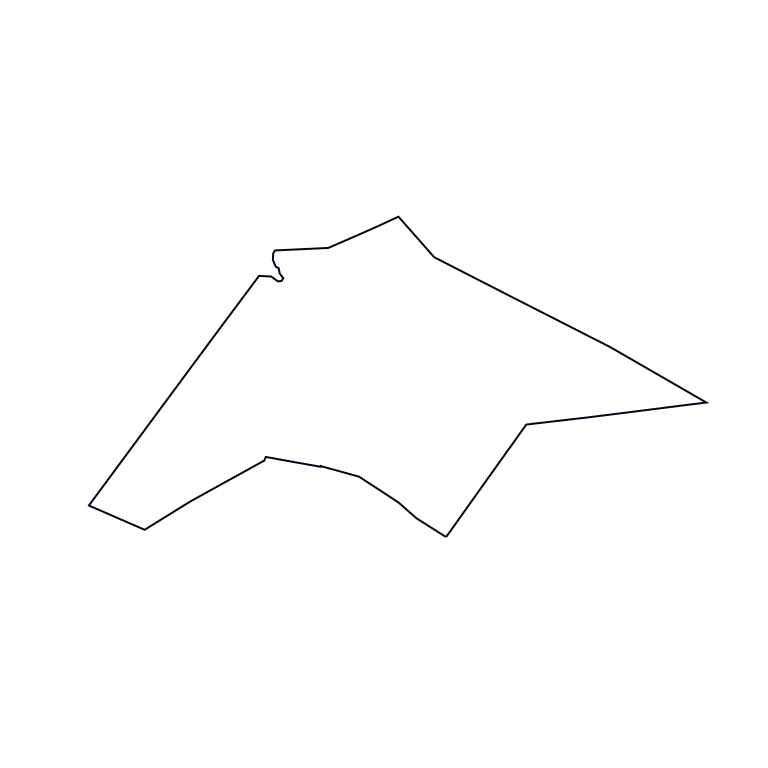 Merwoe, Northern, Sudan, rotated 79°
{"feature_id": "16777658B43097500879952", "entity_name": "Merwoe", "entity_type": "district", "adm_level": 2, "iso_a3": "SDN", "parent_name": "Sudan", "parent_adm1": "Northern", "projection": "orthographic", "projection_center": [32.145, 18.369], "detail": "fine", "context": "isolated", "style": "outline", "palette": "ink", "viewbox_px": 768, "rotation_deg": 79, "n_neighbors": 0, "source": "geoboundaries", "source_scale": "gbopen_adm2", "svg_char_len": 1446}
<svg xmlns="http://www.w3.org/2000/svg" viewBox="0 0 768 768"><g transform="rotate(79 384 384)"><path d="M446.9,696.8L447.4,696.3L449.8,692.8L453.9,686.8L466.9,668.0L469.2,664.5L472.4,659.9L481.4,646.8L481.4,646.7L466.5,607.5L462.4,596.6L456.3,578.0L448.2,552.9L443.0,536.8L437.8,520.7L436.4,516.3L436.4,516.2L433.1,514.0L433.2,513.7L433.9,511.8L435.6,507.3L438.2,500.8L440.3,495.4L441.4,492.5L442.7,489.2L446.8,478.5L448.9,473.1L451.0,467.6L453.2,462.1L452.4,461.8L452.6,461.5L457.6,451.5L460.4,445.8L462.5,441.7L463.1,440.5L465.7,435.2L466.1,434.4L470.3,426.1L481.1,415.0L485.2,410.7L485.3,410.6L496.9,398.7L503.4,392.1L521.1,378.5L521.4,378.3L524.9,374.7L529.5,369.8L535.0,364.0L545.3,353.1L545.5,351.6L545.4,351.5L543.1,349.1L540.5,346.3L536.4,342.0L516.3,320.9L500.9,304.7L495.5,299.0L487.6,290.7L482.3,285.1L481.1,283.8L479.2,281.8L477.0,279.5L473.4,275.8L469.1,271.1L460.0,261.6L454.9,256.2L451.0,252.1L451.0,251.8L451.3,247.7L451.4,246.1L454.8,201.6L455.3,195.5L455.7,190.1L456.1,184.1L456.9,172.3L462.2,92.4L463.7,71.2L454.5,81.7L390.7,155.2L376.5,173.4L344.0,215.0L320.5,245.1L317.9,248.4L301.9,268.8L275.3,302.7L271.9,307.0L269.2,310.5L222.5,337.9L228.4,361.9L233.9,386.1L239.8,412.8L232.1,465.5L234.6,467.8L240.9,469.4L248.2,467.9L250.2,465.3L255.5,465.3L258.6,463.8L261.0,462.7L263.3,464.9L263.0,468.6L257.0,474.2L254.0,486.0L294.9,531.0L327.9,567.1L442.3,691.8L446.9,696.8Z" fill="none" stroke="#020617" stroke-width="2"/></g></svg>